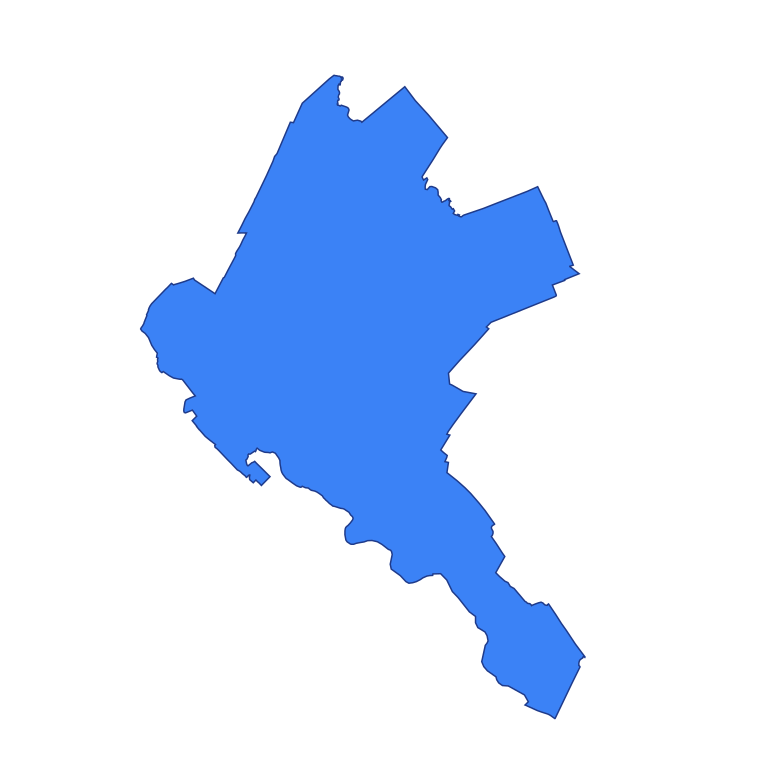 the district of Cateasca, Arges, Romania, rotated 191°
{"feature_id": "2599482B62857994910694", "entity_name": "Cateasca", "entity_type": "district", "adm_level": 2, "iso_a3": "ROU", "parent_name": "Romania", "parent_adm1": "Arges", "projection": "albers", "projection_center": [25.043, 44.76], "detail": "fine", "context": "isolated", "style": "filled", "palette": "blue", "viewbox_px": 768, "rotation_deg": 191, "n_neighbors": 0, "source": "geoboundaries", "source_scale": "gbopen_adm2", "svg_char_len": 6149}
<svg xmlns="http://www.w3.org/2000/svg" viewBox="0 0 768 768"><g transform="rotate(191 384 384)"><path d="M270.8,607.0L279.9,600.6L309.1,582.2L320.1,575.2L337.9,565.0L338.8,564.2L339.7,563.0L340.9,562.7L342.5,563.1L342.2,564.3L343.8,564.6L344.0,563.6L346.8,563.8L348.6,564.7L347.7,567.3L349.4,569.3L350.3,568.6L352.6,570.8L353.9,571.3L354.3,572.0L354.3,572.9L354.2,573.8L354.4,574.4L354.2,575.2L353.3,576.1L354.0,576.7L354.4,576.7L355.1,576.3L355.5,576.7L355.0,577.7L355.2,578.5L355.9,578.5L357.1,577.6L358.8,575.6L360.3,574.7L361.3,573.7L362.1,573.6L363.0,575.0L362.8,575.8L364.3,577.7L366.9,579.8L367.5,582.7L368.4,585.0L370.8,586.4L374.7,587.0L376.6,586.5L378.6,583.1L380.6,583.1L381.2,585.1L381.4,587.7L380.1,593.0L381.3,594.5L384.1,591.8L385.9,594.1L386.1,594.9L378.5,614.0L374.1,625.9L372.4,630.0L368.7,638.0L391.5,656.4L407.3,668.1L420.3,679.8L455.7,636.7L456.8,637.6L460.4,637.9L464.3,636.4L466.8,637.3L468.2,638.0L470.0,639.4L471.1,641.0L470.6,646.3L471.6,647.9L473.1,648.6L474.8,648.9L479.2,649.5L479.5,648.9L480.1,648.5L481.4,648.9L482.8,648.9L483.3,649.9L482.7,650.2L482.9,650.9L483.4,651.9L483.5,653.2L483.2,653.9L482.6,654.0L482.4,654.7L482.6,655.4L483.7,656.9L483.6,659.3L483.1,660.2L483.3,661.7L484.0,662.9L485.5,664.4L486.0,668.2L485.4,669.7L484.9,669.1L484.1,669.3L484.3,672.4L483.7,673.0L483.8,674.4L482.7,674.4L482.5,675.4L482.5,676.4L483.1,677.2L483.6,677.4L484.2,677.3L484.0,676.5L484.2,676.2L484.5,676.4L484.8,676.9L486.1,677.7L487.2,677.5L489.8,677.5L490.7,677.4L491.5,677.5L492.1,677.4L495.9,673.1L517.8,644.0L522.7,623.3L525.9,623.1L532.9,590.0L533.3,589.1L534.8,586.5L535.5,581.5L539.1,566.2L545.3,542.6L545.8,541.5L546.1,540.4L546.4,538.0L549.5,527.2L551.9,520.0L553.9,512.5L556.3,504.3L552.3,505.2L547.8,506.0L548.6,503.0L550.0,498.6L551.3,493.2L552.0,490.9L553.9,486.1L554.6,483.7L554.1,481.7L554.8,479.2L559.0,465.5L561.1,458.2L562.0,457.5L567.1,440.4L589.8,449.9L591.3,451.5L599.1,446.7L605.2,443.4L609.0,441.5L609.4,441.1L610.6,441.6L611.1,441.9L611.9,442.2L615.1,437.2L616.0,436.0L616.9,434.7L627.4,418.5L628.5,416.0L629.1,413.9L629.4,412.0L629.2,411.2L630.3,406.6L629.8,405.9L630.7,401.5L630.9,400.0L631.2,398.9L631.2,397.6L632.1,395.0L632.4,394.1L632.9,393.4L633.4,391.6L631.8,389.9L628.1,388.1L624.0,384.6L619.4,377.7L615.9,374.0L612.4,371.0L612.4,366.9L611.0,366.5L610.8,366.3L611.0,364.9L610.4,362.9L610.6,361.9L610.6,360.5L609.5,359.3L609.3,358.1L609.0,357.3L606.9,354.4L605.8,353.5L604.2,352.8L603.1,354.1L596.2,351.1L591.8,349.7L586.4,349.7L584.9,349.8L583.7,350.1L582.5,349.7L570.2,338.9L567.0,336.3L571.9,333.1L575.3,330.6L575.9,328.5L575.7,321.4L575.4,319.3L574.6,317.9L573.3,317.8L567.1,321.8L561.7,316.7L565.3,311.4L559.8,306.9L559.9,306.6L556.7,303.9L556.6,304.0L549.4,298.4L543.8,295.4L537.8,292.4L538.4,291.2L537.7,289.6L535.6,288.6L532.9,286.8L523.1,279.8L518.8,276.9L511.6,271.7L509.0,270.9L507.2,269.9L506.1,269.1L502.7,267.3L501.3,266.1L500.2,267.1L499.8,268.1L498.9,269.0L498.3,269.0L498.3,266.7L497.6,264.5L493.5,262.1L491.4,265.3L489.4,263.9L487.9,263.1L485.0,261.0L478.2,271.3L487.4,277.5L493.8,281.7L496.2,283.4L497.3,282.3L498.7,281.5L501.9,277.7L502.7,278.1L503.5,279.2L505.1,282.9L504.3,283.9L503.5,286.8L503.9,288.0L503.9,288.8L503.5,289.5L502.8,289.5L501.9,289.7L498.2,293.4L497.3,293.1L496.9,294.3L497.0,295.4L496.3,296.8L493.3,295.2L488.6,294.3L487.5,294.3L484.6,294.7L482.6,294.7L482.0,295.2L480.4,296.0L477.4,295.3L474.2,292.2L473.4,291.5L471.6,289.1L470.9,286.2L470.3,284.4L469.4,282.2L468.6,279.9L467.5,277.9L466.3,276.4L463.8,274.1L462.0,272.6L460.0,271.8L455.0,269.4L450.4,267.4L448.3,267.0L446.5,266.7L445.4,267.1L444.8,268.0L441.4,267.2L438.6,267.4L438.2,267.3L436.4,266.3L435.1,265.8L431.6,265.7L429.4,265.2L427.3,264.4L423.2,262.5L421.6,260.7L420.5,260.1L419.1,259.0L417.3,258.0L415.8,257.0L414.8,256.3L412.4,255.2L411.0,254.4L408.8,254.4L402.9,253.7L400.9,253.8L400.1,253.8L398.6,253.4L397.6,252.9L393.9,251.4L391.7,249.0L390.0,248.0L389.2,247.2L388.7,246.2L388.9,244.6L390.6,241.1L392.4,238.2L393.5,237.0L394.2,235.8L394.4,234.5L394.3,232.4L393.6,228.6L391.7,223.7L391.2,223.1L390.0,222.0L386.4,220.5L385.2,220.5L383.2,220.9L380.9,222.3L377.7,223.6L373.4,225.2L370.2,227.1L365.9,228.1L360.4,227.9L355.5,226.2L348.2,222.5L345.8,222.1L344.6,220.9L343.4,218.2L343.5,208.3L341.6,203.7L331.4,199.0L324.8,194.2L321.6,193.2L317.9,194.4L314.5,196.2L310.8,199.1L308.9,201.1L305.3,203.6L302.8,204.6L299.7,205.4L299.7,206.9L292.2,208.6L285.0,203.6L277.3,193.3L270.5,188.5L256.7,176.6L249.8,173.3L248.6,167.1L245.4,162.8L237.6,159.9L234.8,156.6L232.8,151.6L233.5,149.1L234.7,146.8L235.1,130.1L232.1,125.6L227.8,122.2L218.2,117.9L216.9,115.2L214.4,112.5L210.2,110.6L204.4,111.3L186.8,105.6L181.7,99.6L184.3,95.8L171.2,92.7L166.5,92.0L160.5,91.3L158.8,90.9L157.1,90.3L153.9,88.8L152.4,88.2L152.2,88.4L142.4,126.1L137.6,143.7L138.3,144.5L139.0,144.8L139.2,146.0L139.4,146.5L139.5,147.5L139.4,149.0L139.1,150.3L138.4,151.3L136.8,152.9L136.5,153.3L136.7,153.6L136.0,154.8L134.7,154.0L134.6,154.4L146.6,165.3L158.0,176.9L164.1,182.7L171.2,190.2L180.5,199.5L181.3,198.7L181.3,198.4L181.5,197.9L181.9,197.8L183.6,197.8L184.3,198.1L185.1,198.6L186.1,199.3L188.2,199.8L190.7,198.6L193.4,197.0L196.0,195.3L196.9,194.6L197.4,195.3L198.7,196.1L199.4,196.2L200.6,196.1L201.3,196.1L202.7,197.1L204.1,197.5L217.3,208.1L221.4,209.4L224.4,212.7L227.7,213.5L233.9,217.1L238.3,220.1L232.5,237.7L235.7,240.8L243.6,249.0L249.5,254.7L248.7,256.4L248.5,258.5L248.9,260.2L250.6,262.2L251.1,263.2L251.2,264.1L250.9,265.1L250.4,265.8L248.7,267.4L248.8,267.7L260.7,279.1L267.7,285.0L277.9,293.0L284.7,297.6L294.0,303.1L305.3,309.0L305.8,319.3L309.4,319.4L308.4,323.8L308.3,325.9L312.8,328.3L315.7,330.1L309.6,346.4L312.7,346.7L311.9,349.6L308.3,357.7L302.7,369.6L291.8,391.9L305.0,391.8L316.9,395.9L319.6,396.5L322.8,407.0L314.2,421.6L302.5,440.1L291.7,458.2L294.4,459.5L290.7,465.0L233.4,502.0L231.9,503.2L231.8,504.1L237.6,513.3L226.3,520.2L226.7,520.9L213.5,529.5L224.0,534.7L224.1,535.0L220.9,536.8L239.7,566.7L243.0,572.8L244.6,575.4L245.8,577.1L246.4,577.1L248.5,575.8L249.1,576.0L255.4,585.7L259.6,592.4L262.2,595.5L265.0,599.2L270.8,607.0Z" fill="#3b82f6" stroke="#1e3a8a" stroke-width="1.5"/></g></svg>